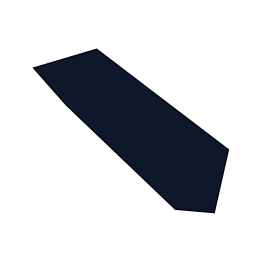 El Arish 3, Shamal Sina', Egypt, rotated 99°
{"feature_id": "37247803B18293726613988", "entity_name": "El Arish 3", "entity_type": "district", "adm_level": 2, "iso_a3": "EGY", "parent_name": "Egypt", "parent_adm1": "Shamal Sina'", "projection": "albers", "projection_center": [33.79, 31.001], "detail": "fine", "context": "isolated", "style": "filled", "palette": "ink", "viewbox_px": 256, "rotation_deg": 99, "n_neighbors": 0, "source": "geoboundaries", "source_scale": "gbopen_adm2", "svg_char_len": 258}
<svg xmlns="http://www.w3.org/2000/svg" viewBox="0 0 256 256"><g transform="rotate(99 128 128)"><path d="M133.8,25.5L95.5,96.6L55.2,171.3L83.5,230.5L114.9,192.5L200.8,68.4L198.0,29.7L133.8,25.5Z" fill="#0f172a" stroke="#020617" stroke-width="1.5"/></g></svg>